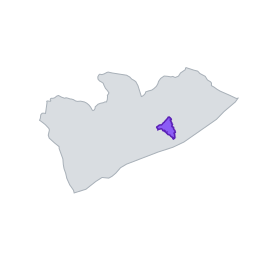 location of Kulu Shaw Boe, Sinoe, Liberia, rotated 297°
{"feature_id": "62588387B37465422358714", "entity_name": "Kulu Shaw Boe", "entity_type": "district", "adm_level": 2, "iso_a3": "LBR", "parent_name": "Liberia", "parent_adm1": "Sinoe", "projection": "mercator", "projection_center": [-9.008, 5.564], "detail": "fine", "context": "in_parent", "style": "filled", "palette": "violet", "viewbox_px": 256, "rotation_deg": 297, "n_neighbors": 0, "source": "geoboundaries", "source_scale": "gbopen_adm2", "svg_char_len": 4616}
<svg xmlns="http://www.w3.org/2000/svg" viewBox="0 0 256 256"><g transform="rotate(297 128 128)"><path d="M45.7,109.5L47.8,107.7L50.9,101.9L55.3,96.4L59.4,93.0L62.6,89.6L66.0,87.0L70.9,84.0L78.4,76.0L80.1,75.1L81.3,69.5L83.2,62.4L85.4,60.2L90.5,58.9L91.7,57.7L93.5,52.7L94.6,46.9L94.7,45.7L96.8,45.5L100.2,44.3L102.2,44.8L103.1,46.5L103.5,47.9L113.9,44.3L114.8,43.5L115.4,43.7L116.7,46.9L117.4,46.7L118.1,45.8L118.8,45.7L119.6,46.1L120.4,47.7L121.7,49.0L124.0,50.0L125.4,51.3L125.3,54.8L125.8,58.2L126.8,59.0L127.3,61.0L127.6,63.2L128.1,64.4L128.5,66.6L128.3,69.0L128.7,70.7L130.4,73.6L131.4,77.3L131.4,79.9L130.8,82.6L129.7,85.1L127.8,87.9L127.6,88.9L128.7,89.7L130.5,89.8L131.9,89.2L135.6,90.5L137.6,92.3L139.3,94.5L140.8,95.6L141.5,97.0L144.1,96.6L147.1,95.3L147.8,94.7L148.7,95.0L150.6,95.1L152.0,92.7L153.1,89.9L155.4,86.9L156.6,85.7L156.9,83.8L157.0,81.3L157.9,79.1L159.8,77.9L161.9,77.9L163.1,78.4L163.7,80.5L165.3,82.1L166.8,83.2L167.5,83.6L168.8,84.9L169.9,89.1L174.4,102.8L174.2,106.5L173.3,109.0L173.2,111.4L172.9,113.8L170.2,117.7L162.1,125.6L162.7,126.3L164.6,127.2L166.6,127.7L168.2,127.4L170.3,129.4L172.5,131.9L174.8,133.2L178.1,134.4L181.0,134.5L183.5,134.1L187.0,134.6L190.7,136.6L192.1,140.0L193.0,143.0L194.3,144.5L194.4,147.1L197.1,149.4L200.9,149.8L205.8,152.5L207.0,152.3L207.5,152.0L208.2,152.5L209.4,160.2L210.3,164.2L209.8,165.8L209.2,167.1L209.1,173.3L206.9,176.9L206.6,180.7L205.9,182.0L203.6,183.1L203.5,186.1L202.9,189.7L202.7,193.6L203.3,203.6L203.5,211.1L204.5,212.5L199.9,211.8L186.3,206.1L175.9,202.9L140.9,184.2L131.2,176.7L120.0,165.5L95.0,143.0L89.3,139.4L82.2,137.6L77.7,135.7L74.6,133.6L72.1,127.3L65.8,123.6L54.3,118.3L45.7,109.5Z" fill="#d9dde1" stroke="#a8b0b8" stroke-width="1"/><path d="M142.3,162.3L142.2,162.4L141.9,162.5L141.8,162.8L141.7,162.8L141.6,162.7L141.6,162.9L141.4,163.0L141.4,163.4L141.5,163.5L141.4,163.6L141.4,163.8L141.4,164.0L141.5,164.4L141.6,164.5L141.3,164.5L141.0,164.5L140.9,164.7L140.8,165.0L140.8,165.4L140.8,165.5L140.6,165.8L140.5,166.1L140.4,166.3L140.3,166.6L140.4,166.9L140.4,167.0L140.5,167.2L140.6,167.3L140.6,167.6L140.6,167.9L140.6,168.0L140.6,168.3L140.7,168.5L140.7,168.8L140.5,169.1L140.3,169.4L140.1,169.7L140.0,170.0L140.0,170.4L139.9,170.6L140.0,170.9L140.0,171.1L140.0,171.3L139.9,171.4L139.9,171.6L139.8,171.9L139.7,171.9L139.7,172.0L139.4,172.4L139.1,172.6L138.9,172.9L138.8,173.2L138.8,173.5L139.1,173.5L139.3,173.7L139.5,173.6L139.6,173.9L139.8,174.1L140.2,174.0L140.3,173.8L140.3,173.7L140.4,173.8L140.4,173.7L140.6,173.8L140.7,173.7L140.8,173.5L141.1,173.5L141.3,173.6L141.6,173.6L141.8,173.6L142.0,173.4L142.2,173.2L142.3,173.0L142.5,173.0L142.7,172.9L142.9,172.9L143.1,172.7L143.3,172.6L143.5,172.3L143.6,172.1L143.8,172.0L143.9,171.9L143.9,171.7L144.1,171.5L144.2,171.4L144.4,171.3L144.5,171.3L144.7,171.6L144.8,171.7L145.0,171.7L145.0,171.8L145.1,172.0L145.3,172.1L145.5,172.2L145.9,172.1L146.0,171.9L145.8,171.7L146.1,171.5L146.2,171.4L146.5,171.3L146.7,171.1L146.9,171.0L147.1,170.9L147.2,170.6L147.3,170.4L147.3,170.1L147.4,169.8L147.5,169.7L147.7,169.3L147.8,169.0L147.9,168.9L148.1,168.9L148.4,168.9L148.5,168.7L148.9,168.5L149.0,168.5L149.2,168.4L149.3,168.3L149.3,168.1L149.2,167.8L149.1,167.6L149.1,167.4L149.3,167.2L149.2,167.0L149.4,166.8L149.3,166.6L149.6,166.1L149.8,166.1L150.1,166.1L150.5,166.0L150.8,166.1L151.1,166.0L151.3,166.0L151.3,165.9L151.2,165.8L151.3,165.6L151.6,165.6L151.6,165.4L151.7,165.2L151.9,165.1L152.0,164.9L152.0,164.6L152.4,164.4L152.6,164.5L152.8,164.2L153.0,163.8L153.2,163.4L153.5,163.3L153.7,163.0L153.7,162.6L153.9,162.4L154.1,162.4L154.2,162.1L154.3,162.0L154.5,162.1L154.4,162.3L154.6,162.4L154.8,162.6L155.1,162.8L155.2,162.7L155.3,162.6L155.5,162.4L155.4,162.2L155.6,162.1L155.8,162.1L155.9,161.8L156.0,161.5L156.1,161.3L156.1,161.2L156.2,160.8L156.3,160.7L156.3,160.4L156.1,160.3L156.1,160.2L156.3,159.9L156.4,160.0L156.5,159.9L156.4,159.6L156.2,159.4L156.3,159.1L156.5,159.0L156.1,159.0L155.4,158.9L155.1,158.9L154.8,158.9L154.1,158.8L153.6,158.6L153.0,158.4L152.2,158.3L152.0,158.2L151.8,158.2L151.2,158.0L150.5,157.7L149.9,157.7L149.5,157.7L148.9,157.3L148.3,157.0L147.4,156.9L146.5,156.7L145.9,156.4L145.5,155.5L145.1,154.9L144.4,154.3L143.4,153.9L142.7,153.6L142.5,153.4L142.3,153.2L141.5,153.3L141.3,153.6L141.1,154.2L141.1,154.3L141.0,154.6L140.9,154.8L140.0,155.5L140.9,156.0L141.5,157.0L142.1,157.5L142.5,158.2L142.5,158.4L142.5,158.6L142.3,159.1L141.8,159.8L141.7,159.9L141.5,160.1L141.5,160.4L141.6,160.5L141.9,160.9L142.1,161.0L142.2,161.3L142.3,161.3L142.3,161.5L142.5,161.8L142.4,162.1L142.3,162.3Z" fill="#8b5cf6" stroke="#5b21b6" stroke-width="1.5"/></g></svg>